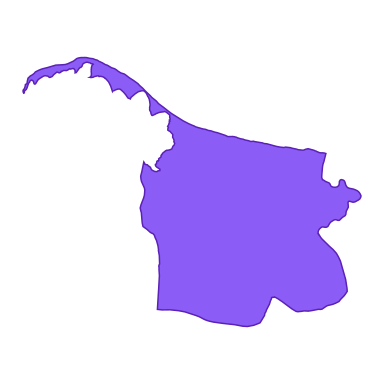 Yaring, Pattani, Thailand (orthographic projection)
{"feature_id": "78962969B69014167770577", "entity_name": "Yaring", "entity_type": "district", "adm_level": 2, "iso_a3": "THA", "parent_name": "Thailand", "parent_adm1": "Pattani", "projection": "orthographic", "projection_center": [101.357, 6.855], "detail": "fine", "context": "isolated", "style": "filled", "palette": "violet", "viewbox_px": 384, "rotation_deg": 0, "n_neighbors": 0, "source": "geoboundaries", "source_scale": "gbopen_adm2", "svg_char_len": 5795}
<svg xmlns="http://www.w3.org/2000/svg" viewBox="0 0 384 384"><path d="M332.5,304.4L335.4,303.3L339.0,301.5L340.5,299.5L344.4,295.5L347.2,291.4L347.0,288.3L345.6,279.3L340.4,261.0L338.4,256.8L336.4,253.3L333.1,249.6L329.1,246.0L322.0,239.0L320.7,237.4L319.1,234.8L318.9,234.9L318.5,233.7L318.0,233.6L318.2,231.6L318.6,230.3L319.7,228.7L321.5,227.2L322.6,226.9L325.4,227.3L326.8,227.1L328.0,226.3L329.5,223.6L330.6,222.2L332.5,220.9L334.4,219.8L335.3,219.7L336.2,219.7L337.5,220.3L338.8,220.4L339.5,220.2L342.4,217.4L345.2,215.6L345.8,214.5L346.1,212.1L346.3,211.2L348.3,207.2L348.3,206.0L348.0,202.9L348.3,201.7L348.7,201.4L349.3,201.2L352.9,202.2L354.0,202.1L355.4,201.7L358.6,199.9L359.8,199.0L360.8,197.1L361.0,195.9L360.3,194.2L359.3,192.6L358.7,191.9L357.4,190.8L355.3,189.8L353.5,189.1L349.0,188.2L347.7,187.6L346.8,186.8L345.8,185.1L345.0,182.3L344.5,181.2L344.1,180.7L343.5,180.2L341.5,179.6L340.7,179.8L340.2,180.1L339.4,181.4L339.2,184.1L338.8,185.3L338.0,186.2L337.3,186.8L335.3,187.3L333.0,187.1L331.9,186.7L331.1,186.2L330.7,185.6L329.8,183.7L329.4,183.2L328.6,182.7L325.8,181.6L323.2,179.9L322.5,179.8L321.7,177.4L321.9,173.7L322.5,167.0L323.0,164.1L323.8,161.9L325.9,153.5L324.2,153.0L322.0,152.8L321.0,152.9L319.4,152.6L316.7,151.5L316.1,151.1L314.9,150.8L314.1,150.3L308.1,148.7L305.8,149.2L303.6,150.1L302.9,150.2L298.3,149.7L296.4,149.1L291.6,148.1L290.7,147.7L285.6,147.1L283.8,147.5L280.2,147.1L276.4,146.4L266.9,143.8L264.0,143.5L262.5,142.9L258.2,142.2L254.7,141.6L253.5,141.2L251.0,141.5L250.2,141.3L248.6,140.7L244.8,139.9L243.1,139.2L240.7,138.8L237.5,137.8L236.6,137.3L234.2,136.7L232.6,136.5L227.9,136.6L225.4,135.4L217.4,132.7L214.7,132.1L210.8,130.8L208.2,130.4L205.8,129.4L202.8,128.9L195.8,126.9L194.0,125.9L192.1,125.2L188.7,123.7L183.1,120.8L171.5,113.5L167.9,110.8L164.9,108.4L158.5,103.6L156.3,101.0L151.9,97.5L150.2,95.6L145.4,91.1L142.7,88.2L139.6,85.5L138.0,83.7L133.6,80.5L129.4,77.8L125.9,75.1L124.3,74.0L120.8,72.9L118.1,71.2L116.5,69.9L114.6,68.7L111.7,67.8L107.3,65.2L105.3,64.6L102.5,62.9L98.8,61.2L97.4,60.2L95.5,59.7L92.9,58.7L89.7,58.3L86.7,57.6L84.9,57.5L80.5,57.6L78.4,58.0L76.7,58.6L73.5,61.1L67.6,63.8L65.3,64.5L61.9,64.8L55.8,65.1L47.7,67.5L42.5,68.8L40.2,69.6L38.2,70.5L35.4,71.9L34.1,73.5L32.4,74.8L30.4,75.9L28.0,78.2L27.3,81.2L27.2,82.4L26.7,83.8L25.4,84.5L25.2,86.2L24.3,88.8L23.4,89.7L23.0,90.9L23.2,92.1L23.7,93.2L24.0,93.1L24.3,92.8L24.5,91.0L26.3,89.4L27.0,88.0L28.2,84.4L28.6,83.3L29.6,82.1L29.8,81.2L31.2,80.1L31.6,80.1L32.5,80.5L33.3,81.2L34.0,83.5L34.4,84.0L35.0,84.1L35.7,83.6L37.8,80.1L39.5,78.6L43.4,76.2L44.9,75.7L47.8,76.1L48.6,76.7L49.3,77.4L50.1,77.4L52.2,76.5L53.8,74.6L56.9,72.1L57.9,72.3L58.4,72.6L59.2,72.9L60.8,72.3L61.0,71.9L61.2,71.3L62.5,71.1L63.8,70.4L66.3,70.6L67.8,70.0L69.6,68.8L70.4,69.1L73.2,68.5L73.8,68.6L73.9,68.9L75.2,70.5L75.0,71.9L75.3,72.5L75.2,72.8L76.2,72.6L79.4,68.1L80.1,67.5L80.8,67.5L81.6,66.6L81.9,66.5L82.7,64.3L83.1,63.8L84.2,63.0L84.9,62.8L85.6,62.4L87.3,62.2L88.1,62.4L89.2,62.8L90.0,62.8L91.1,63.7L92.3,63.7L92.9,63.9L93.2,64.3L92.6,64.7L92.1,65.5L91.7,66.1L91.6,67.1L91.4,67.4L91.3,69.4L91.2,69.5L91.3,70.6L91.2,71.5L91.4,73.5L91.3,75.5L90.5,77.0L89.8,77.3L90.5,77.4L91.0,77.6L92.1,77.3L92.8,77.4L94.4,76.6L97.3,75.9L98.4,75.8L99.1,76.6L100.0,76.3L100.8,76.4L101.3,76.5L101.5,76.5L101.8,76.5L103.5,77.1L104.1,77.5L104.9,78.3L105.1,78.2L106.2,79.2L108.6,81.9L110.7,86.1L112.5,91.6L112.9,91.0L113.2,90.8L114.5,90.5L115.2,90.0L117.7,89.1L119.4,89.0L120.4,89.4L121.5,90.3L123.0,91.7L123.4,92.0L125.7,94.7L127.8,97.8L128.3,98.2L129.7,98.6L130.3,99.0L130.6,98.5L130.9,97.5L135.2,93.8L137.9,92.0L138.7,91.6L141.7,90.8L143.4,90.8L144.1,91.0L145.5,92.3L146.5,93.6L147.8,96.5L148.5,97.4L149.3,99.5L149.8,102.2L150.1,104.9L149.6,107.7L149.7,108.4L149.6,109.5L149.8,110.5L150.8,112.1L150.8,112.8L151.2,114.2L151.9,115.4L152.3,115.5L153.5,115.0L155.3,114.2L156.0,113.7L158.8,112.6L160.4,112.2L163.7,111.8L164.4,111.5L166.2,112.1L169.7,115.0L169.7,117.6L170.2,118.9L170.0,119.6L169.3,120.1L169.7,120.7L169.6,121.1L169.8,121.2L169.3,121.5L169.2,121.8L169.4,123.1L169.0,123.4L168.6,124.7L167.6,126.5L168.4,127.4L167.9,128.5L167.8,130.1L169.2,131.1L169.8,131.2L172.8,134.5L172.6,137.1L173.7,139.3L174.0,140.3L174.1,141.7L173.9,141.8L174.7,143.4L174.0,145.3L173.0,146.1L171.8,149.0L168.9,150.1L168.3,150.1L167.6,150.3L166.8,150.2L165.6,150.8L162.5,153.3L162.1,154.4L161.9,154.4L161.2,155.2L161.0,155.8L161.1,156.3L160.8,157.2L158.9,158.5L158.6,158.9L158.8,160.1L158.2,161.0L157.9,160.8L157.5,160.8L157.0,161.2L156.7,161.9L156.6,163.4L156.0,164.1L155.4,164.4L155.4,165.1L155.7,166.0L156.6,167.0L159.3,168.8L159.8,169.0L159.9,170.5L157.8,170.9L157.2,171.5L156.8,171.6L155.1,171.5L154.1,171.2L151.7,169.9L150.6,168.0L150.6,167.5L149.6,166.6L148.4,165.9L147.4,164.8L146.0,164.6L144.6,164.1L144.7,163.4L143.8,162.0L141.8,171.8L140.7,176.1L141.0,179.3L141.5,181.5L144.4,188.0L144.8,190.2L144.4,195.3L143.5,198.3L141.0,204.8L140.2,208.0L140.9,211.3L141.3,212.3L142.2,222.9L143.0,226.5L146.8,229.2L150.1,232.2L151.3,233.0L152.8,233.5L154.4,235.3L155.1,237.6L156.5,240.5L158.0,245.9L158.5,249.7L158.4,250.6L159.3,255.5L159.6,264.0L159.0,265.1L158.8,266.4L159.0,266.8L159.0,269.6L159.4,275.6L158.7,288.1L157.4,309.4L162.1,309.9L170.0,309.8L178.7,310.7L182.3,311.4L185.0,311.9L195.7,315.4L199.2,316.7L204.5,319.5L207.1,320.5L209.9,321.3L213.6,322.1L222.9,323.4L234.8,324.7L242.7,326.2L247.4,326.5L253.7,325.3L256.4,324.3L259.9,322.9L260.2,322.6L264.5,315.5L264.9,313.3L265.8,311.9L266.6,309.7L269.4,304.3L270.5,300.8L271.5,298.6L271.6,297.6L272.1,297.3L274.1,297.3L274.5,296.9L277.7,298.6L282.1,301.6L291.9,308.9L296.1,311.4L297.9,311.7L301.8,311.3L304.0,310.9L308.3,311.1L311.8,310.6L318.4,309.3L320.6,309.4L322.1,309.1L326.6,306.0L327.8,305.5L332.5,304.4Z" fill="#8b5cf6" stroke="#5b21b6" stroke-width="1.5"/></svg>